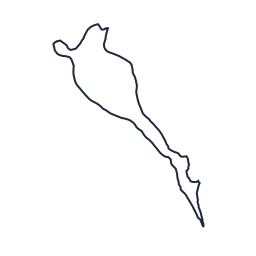 outline of Al- Badari, Asyut, Egypt, rotated 354°
{"feature_id": "37247803B32615858974663", "entity_name": "Al- Badari", "entity_type": "district", "adm_level": 2, "iso_a3": "EGY", "parent_name": "Egypt", "parent_adm1": "Asyut", "projection": "equal_earth", "projection_center": [31.445, 26.947], "detail": "fine", "context": "isolated", "style": "outline", "palette": "slate", "viewbox_px": 256, "rotation_deg": 354, "n_neighbors": 0, "source": "geoboundaries", "source_scale": "gbopen_adm2", "svg_char_len": 3082}
<svg xmlns="http://www.w3.org/2000/svg" viewBox="0 0 256 256"><g transform="rotate(354 128 128)"><path d="M118.5,26.7L118.2,26.6L117.8,26.6L117.4,26.5L117.1,26.5L116.6,26.5L116.3,26.9L115.6,26.8L114.7,27.4L114.1,27.5L113.5,27.5L112.8,27.6L111.7,26.8L111.1,25.5L110.7,24.6L110.4,23.9L109.9,23.1L109.6,22.6L109.3,22.0L108.9,21.6L107.2,21.9L105.2,22.3L102.8,23.1L101.9,23.4L100.3,24.5L99.1,25.3L97.9,26.4L93.5,33.0L93.5,33.7L92.9,34.5L91.7,35.6L91.1,36.4L90.8,36.9L90.1,37.8L89.3,38.9L88.5,39.8L87.1,41.1L86.4,41.8L86.1,42.1L85.7,42.5L84.0,43.8L82.9,43.9L79.3,44.4L78.6,44.0L77.3,43.1L76.6,42.1L76.3,41.7L76.0,40.2L75.6,39.6L75.1,38.8L69.6,33.9L67.1,34.3L66.8,34.3L66.5,34.3L66.5,34.6L65.6,34.6L64.6,35.0L63.7,35.7L63.4,36.1L62.6,36.5L63.0,39.8L63.3,43.2L65.6,46.9L67.0,47.9L70.4,49.5L72.6,49.9L74.3,50.3L77.3,51.5L78.9,53.8L79.8,57.3L80.5,60.4L79.7,65.4L79.4,68.6L79.9,73.6L80.4,76.4L81.8,80.1L83.9,83.0L86.3,86.7L89.6,91.3L92.3,94.9L94.8,97.2L98.9,99.9L100.3,100.9L103.5,104.0L105.0,106.1L107.5,107.7L110.3,110.1L112.4,111.8L112.5,111.9L118.1,114.9L122.9,117.5L124.8,117.9L128.6,119.4L130.8,120.6L133.3,122.8L134.1,123.7L134.6,124.3L135.4,125.6L136.3,127.6L136.4,127.8L137.6,129.4L139.3,130.9L141.1,132.4L141.5,132.7L141.9,134.0L142.8,135.8L144.1,138.0L144.5,138.6L145.1,139.4L147.5,141.7L148.5,142.7L149.3,143.8L150.4,145.1L152.1,147.9L154.0,150.7L157.3,155.9L159.3,158.1L159.4,158.3L161.7,160.2L163.8,160.9L164.7,160.9L166.4,162.8L167.2,163.9L167.2,165.2L167.2,167.6L168.0,169.4L169.7,171.5L170.3,172.3L171.2,173.5L171.6,175.8L172.0,178.3L172.0,180.6L172.0,183.3L172.5,185.6L172.7,186.4L172.7,187.7L172.7,188.7L173.1,190.5L174.0,191.6L174.0,193.3L174.1,194.9L174.9,196.0L176.7,198.1L178.2,200.0L180.0,203.8L183.9,212.3L184.2,213.1L187.4,221.6L188.2,224.7L189.4,225.6L190.3,226.5L191.7,231.6L192.3,233.4L192.7,234.4L193.0,231.6L192.4,228.6L192.4,226.1L191.8,222.7L191.5,219.8L190.6,216.4L190.0,214.2L190.0,211.6L189.4,209.0L189.7,207.9L190.0,206.8L189.7,203.8L189.8,202.0L189.5,200.5L190.1,198.3L191.0,196.1L192.3,192.4L193.5,190.2L192.6,189.1L192.3,187.9L191.1,188.7L190.0,188.7L189.5,188.7L188.0,188.7L186.4,188.3L184.6,187.5L184.3,186.4L183.7,184.9L182.2,182.7L181.9,180.5L181.6,178.6L181.6,176.8L182.2,176.4L182.8,176.0L183.7,174.9L184.1,172.3L185.0,170.5L184.4,169.0L184.4,167.5L184.4,165.3L183.8,163.5L183.2,162.3L182.0,162.3L180.7,162.3L179.2,162.3L177.7,161.9L176.8,160.8L175.5,158.6L173.7,157.5L171.6,156.7L170.0,155.6L168.2,154.5L167.3,153.7L166.9,153.3L166.1,152.6L166.1,150.7L165.8,150.0L164.5,147.8L163.9,145.2L162.4,141.5L160.9,137.8L159.1,134.4L157.6,132.2L155.5,129.4L155.1,128.8L153.6,126.6L151.1,123.6L149.6,121.0L147.8,119.5L146.3,117.7L144.3,115.1L142.1,107.3L141.2,104.2L140.6,100.5L139.9,93.4L141.3,87.0L140.8,81.3L140.0,77.2L139.3,76.0L138.5,72.9L138.7,70.2L138.2,65.7L137.0,63.3L132.0,59.2L126.6,55.5L124.2,54.2L120.1,52.1L119.2,51.6L118.3,51.3L115.6,49.8L114.3,48.3L113.4,46.8L112.8,44.9L112.8,42.0L113.5,40.5L113.8,39.4L114.1,39.0L115.0,36.8L115.6,34.2L116.3,32.0L116.9,30.6L117.5,28.7L118.5,26.7Z" fill="none" stroke="#1e293b" stroke-width="2"/></g></svg>